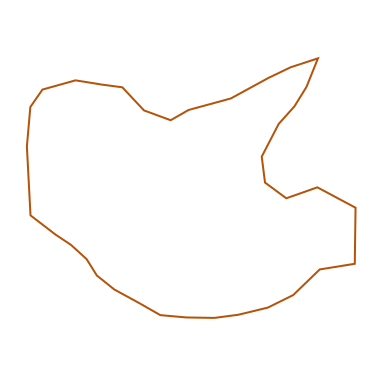 the district of Koilanemos, Cyprus, rotated 177°
{"feature_id": "46923920B29026112812514", "entity_name": "Koilanemos", "entity_type": "district", "adm_level": 2, "iso_a3": "CYP", "parent_name": "Cyprus", "parent_adm1": "", "projection": "mercator", "projection_center": [34.134, 35.492], "detail": "fine", "context": "isolated", "style": "outline", "palette": "amber", "viewbox_px": 384, "rotation_deg": 177, "n_neighbors": 0, "source": "geoboundaries", "source_scale": "gbopen_adm2", "svg_char_len": 603}
<svg xmlns="http://www.w3.org/2000/svg" viewBox="0 0 384 384"><g transform="rotate(177 192 192)"><path d="M59.2,318.9L87.0,311.4L109.3,302.1L148.3,283.4L191.1,274.1L209.6,264.8L235.7,276.0L256.1,300.2L276.5,304.0L302.5,309.6L336.0,302.1L349.0,285.3L354.5,246.1L354.5,220.0L354.5,177.1L330.4,156.5L315.5,145.4L300.7,130.4L291.4,113.6L274.7,98.7L250.5,83.8L230.1,70.7L204.1,67.0L176.2,65.1L152.1,67.0L122.3,72.6L96.3,83.8L68.5,108.0L33.2,111.8L29.5,167.7L66.6,190.1L98.2,180.8L118.6,197.6L120.5,223.7L101.9,255.4L85.2,272.2L72.2,290.9L59.2,318.9Z" fill="none" stroke="#b45309" stroke-width="2"/></g></svg>